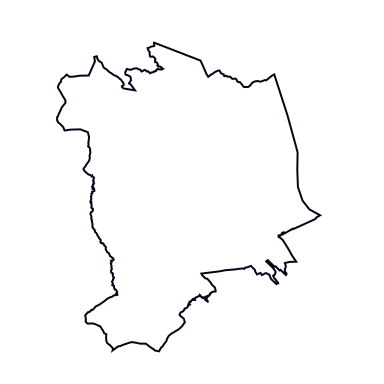 outline of Teisani, Prahova, Romania, rotated 352°
{"feature_id": "2599482B15804896567497", "entity_name": "Teisani", "entity_type": "district", "adm_level": 2, "iso_a3": "ROU", "parent_name": "Romania", "parent_adm1": "Prahova", "projection": "mercator", "projection_center": [25.998, 45.225], "detail": "fine", "context": "isolated", "style": "outline", "palette": "ink", "viewbox_px": 384, "rotation_deg": 352, "n_neighbors": 0, "source": "geoboundaries", "source_scale": "gbopen_adm2", "svg_char_len": 5830}
<svg xmlns="http://www.w3.org/2000/svg" viewBox="0 0 384 384"><g transform="rotate(352 192 192)"><path d="M196.6,294.4L199.4,293.6L201.5,293.8L201.7,293.3L201.5,290.2L200.8,288.9L198.8,286.6L197.9,284.3L195.1,280.1L193.0,279.2L190.5,275.8L189.9,274.1L208.4,274.4L214.1,274.1L222.8,274.6L231.4,274.7L233.0,275.4L233.4,275.2L234.1,274.3L236.3,274.3L240.1,273.4L243.4,277.9L243.6,279.8L244.2,280.9L244.8,282.6L248.6,281.7L249.6,284.0L253.7,282.6L254.7,283.0L257.2,284.7L257.2,285.5L258.2,289.1L262.6,294.8L264.6,294.4L264.2,293.1L263.0,291.7L263.2,291.3L263.0,290.9L261.3,288.6L260.7,286.2L262.4,285.5L263.8,282.7L262.3,279.6L260.3,276.6L255.8,271.1L257.6,270.0L263.3,277.5L264.3,277.2L267.9,281.9L268.8,281.4L273.4,287.3L274.2,286.4L274.2,285.8L273.1,283.8L273.0,282.9L273.1,281.8L274.3,279.5L274.5,278.7L274.5,277.3L274.0,275.3L278.8,274.8L285.5,275.5L282.1,268.6L279.7,262.2L275.1,251.9L272.5,249.2L271.5,248.6L271.6,247.1L272.2,246.9L273.3,247.4L275.8,246.6L274.9,245.8L275.7,244.9L276.2,245.1L277.3,244.7L277.7,245.9L286.9,242.3L287.1,242.8L308.9,236.4L310.2,235.9L311.9,234.4L315.6,232.9L305.8,225.5L300.3,216.0L297.6,201.9L299.3,185.1L302.1,167.3L297.2,129.3L289.8,87.0L287.5,87.9L281.1,91.7L279.8,91.3L275.5,92.3L272.1,91.2L269.5,91.3L267.0,92.1L264.2,94.8L262.4,95.8L258.0,95.3L254.8,89.9L253.1,89.6L252.1,88.4L251.8,87.0L251.3,86.1L250.6,85.7L247.8,85.6L247.1,85.0L246.3,83.6L244.4,82.7L243.3,82.8L241.7,81.5L240.5,81.9L240.0,81.7L239.9,81.3L240.1,80.9L239.8,80.1L237.1,78.3L236.4,76.0L235.8,75.4L234.4,75.5L231.2,76.5L228.0,78.3L226.9,78.5L224.1,80.2L222.8,77.3L218.8,63.1L175.2,38.8L174.9,39.3L175.2,41.1L174.9,42.2L172.0,42.3L170.3,43.0L168.1,43.3L168.2,44.9L169.6,47.7L169.2,49.1L169.3,51.8L169.4,52.1L170.6,52.4L172.2,52.3L173.9,54.3L174.3,55.4L173.7,56.5L173.6,58.3L175.0,58.6L176.0,60.6L176.0,61.3L175.3,61.8L175.4,62.4L175.9,62.8L177.6,63.2L179.3,64.5L179.0,65.5L180.2,66.0L179.1,66.5L176.5,66.1L175.6,65.2L175.3,65.3L174.0,65.8L173.7,66.7L173.0,67.3L171.7,67.2L171.0,67.3L170.7,67.9L168.5,68.0L167.0,68.6L165.8,66.9L164.9,66.2L164.2,66.5L162.8,64.9L161.9,64.5L159.2,65.7L158.7,65.6L157.9,63.7L156.3,63.1L154.3,61.7L151.9,61.7L148.0,62.5L144.6,61.1L142.6,64.1L142.4,66.1L143.0,66.9L144.6,67.4L146.8,69.0L147.2,69.9L147.1,73.0L144.7,75.5L144.8,76.0L145.5,76.1L146.2,76.8L149.7,83.4L139.0,80.1L138.1,79.4L137.2,78.0L137.3,77.4L139.2,76.7L139.4,76.2L139.1,74.3L137.3,70.9L133.7,67.0L130.8,65.3L128.3,62.8L127.1,62.0L124.0,58.2L122.7,57.4L121.8,56.2L120.5,51.3L118.1,49.4L116.9,47.0L116.6,44.4L114.0,44.6L114.0,49.3L105.9,62.3L97.0,61.2L90.9,61.3L86.8,60.9L84.2,58.3L81.3,60.5L78.7,61.9L78.1,62.6L77.6,64.5L75.7,66.2L74.3,68.4L73.8,69.5L74.0,70.7L76.3,76.0L77.5,79.4L79.3,83.2L79.3,84.6L79.0,86.2L75.0,89.9L74.4,90.7L74.1,91.5L71.1,95.9L69.9,98.2L68.8,99.2L68.4,102.6L69.0,103.5L69.3,104.7L70.8,106.2L73.5,109.8L74.4,113.4L80.1,113.3L90.1,114.4L97.2,118.3L97.7,123.7L97.0,125.8L96.5,128.1L96.2,128.6L96.2,130.6L95.5,132.4L96.4,133.0L97.1,135.7L96.8,137.1L96.9,138.7L95.6,141.8L95.5,144.3L94.6,146.4L93.8,147.5L91.1,150.2L90.1,151.7L88.3,153.3L87.7,154.4L88.2,155.7L89.8,158.0L91.0,159.1L91.8,160.2L93.9,161.2L94.8,162.6L95.5,162.0L95.7,162.9L96.4,163.4L96.9,164.3L96.3,165.9L95.8,166.5L96.0,166.8L95.8,167.3L96.2,167.9L95.6,168.8L96.2,170.1L94.7,171.2L94.6,172.0L94.1,172.5L94.6,173.0L94.0,173.6L94.8,174.1L94.2,175.1L95.4,175.1L95.6,176.2L95.4,177.4L93.0,178.0L93.2,179.2L92.2,179.6L92.3,180.7L91.2,182.7L91.4,184.4L90.8,186.0L90.0,187.1L90.0,187.4L90.9,187.7L91.1,188.1L90.3,188.9L90.8,190.6L90.8,191.5L90.1,193.3L90.2,193.7L91.5,194.7L91.1,195.5L91.4,196.0L91.3,196.5L90.4,197.5L89.2,198.1L88.5,198.9L88.5,200.1L89.0,202.1L88.6,203.7L88.8,204.4L88.6,205.5L89.1,206.5L88.8,207.3L89.0,210.1L88.5,213.1L89.1,213.8L89.5,215.0L90.3,216.1L90.5,218.1L91.9,219.9L92.5,222.3L93.3,223.5L93.3,224.5L94.9,226.5L95.0,227.2L94.3,228.5L94.6,229.5L95.5,230.4L96.4,230.1L97.2,231.0L97.2,231.7L97.7,232.3L97.8,233.0L99.1,234.5L98.6,236.5L98.9,237.9L99.6,239.1L99.7,239.8L101.3,241.1L101.8,243.8L105.0,247.2L104.9,248.2L104.4,248.6L103.9,248.9L102.7,248.6L102.1,249.0L102.6,250.6L101.6,251.3L102.1,254.2L101.6,255.4L102.0,257.0L100.9,258.5L100.8,260.6L102.1,261.3L102.4,262.4L101.9,263.2L101.9,264.0L102.2,265.4L102.8,265.9L102.2,267.0L101.6,267.3L101.5,268.3L100.4,269.4L100.4,270.3L100.9,271.5L100.8,272.1L100.1,272.9L100.1,273.3L101.7,274.2L101.5,276.0L101.9,277.7L102.6,277.7L103.9,280.0L104.0,280.6L103.7,281.1L102.7,282.0L102.8,282.3L103.9,282.9L103.8,283.5L100.3,283.5L98.0,284.7L96.0,284.9L92.7,286.2L90.1,287.9L84.1,290.9L81.2,291.7L77.5,294.7L76.2,295.1L75.8,294.8L74.5,296.1L73.2,296.7L72.4,296.5L69.5,298.8L69.4,299.4L69.1,299.5L69.2,303.2L68.6,305.5L70.2,307.8L74.6,308.2L77.2,309.0L82.5,312.4L84.6,317.0L85.4,319.6L87.3,320.9L86.5,325.7L86.6,328.3L87.1,329.9L90.1,333.0L92.1,336.3L91.4,337.8L97.4,334.6L99.5,334.6L102.2,333.8L109.9,332.4L111.7,332.3L116.1,333.6L119.3,334.9L125.2,335.8L129.4,340.1L132.4,342.6L133.0,343.7L137.2,345.2L139.8,341.6L141.0,341.2L144.0,337.8L145.7,336.4L147.0,333.7L148.9,331.3L151.5,329.6L160.0,326.0L163.5,323.5L166.8,320.0L166.2,316.1L163.6,313.5L162.5,311.8L164.1,309.6L166.4,309.0L168.0,307.6L168.0,307.1L168.7,306.4L169.6,306.4L171.3,305.6L172.1,304.3L172.5,304.3L172.6,303.1L173.3,303.1L172.9,302.7L173.3,302.2L173.8,302.3L173.5,301.8L175.0,300.6L176.3,300.3L175.0,300.3L174.8,300.2L177.0,299.0L179.0,299.2L178.8,299.0L178.6,298.6L177.7,298.6L177.7,298.3L179.1,297.7L179.7,298.2L180.3,298.1L181.2,296.9L182.5,296.7L185.0,295.7L185.4,295.0L185.8,295.6L185.6,296.3L186.5,297.0L187.1,297.1L187.1,297.6L187.7,298.4L188.5,298.2L189.5,298.9L189.5,299.3L190.0,299.7L190.3,300.8L192.2,302.7L192.4,302.2L191.9,301.9L191.3,299.7L192.1,298.9L192.0,298.1L192.5,297.9L191.3,297.5L195.1,296.6L195.5,295.4L196.4,295.1L196.3,294.8L196.6,294.4Z" fill="none" stroke="#020617" stroke-width="2"/></g></svg>